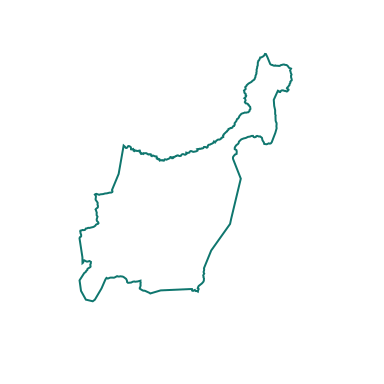 the district of Morro do Chapéu, Bahia, Brazil, rotated 64°
{"feature_id": "56859067B34698024816955", "entity_name": "Morro do Chapéu", "entity_type": "district", "adm_level": 2, "iso_a3": "BRA", "parent_name": "Brazil", "parent_adm1": "Bahia", "projection": "natural_earth1", "projection_center": [-41.297, -11.376], "detail": "fine", "context": "isolated", "style": "outline", "palette": "teal", "viewbox_px": 384, "rotation_deg": 64, "n_neighbors": 0, "source": "geoboundaries", "source_scale": "gbopen_adm2", "svg_char_len": 6062}
<svg xmlns="http://www.w3.org/2000/svg" viewBox="0 0 384 384"><g transform="rotate(64 192 192)"><path d="M120.3,233.1L143.6,250.0L155.2,263.1L156.4,263.1L157.1,263.7L157.1,264.8L156.4,266.5L155.9,269.1L155.2,270.9L154.9,272.8L153.9,275.5L153.8,276.7L151.8,278.7L151.6,279.6L151.7,280.4L153.5,280.1L154.9,280.9L156.1,281.8L156.9,282.0L160.1,281.5L160.7,281.7L162.0,282.5L162.8,282.5L164.0,283.0L164.6,283.5L165.0,285.4L165.4,286.3L166.1,286.3L169.0,286.7L169.6,287.2L171.1,287.9L172.7,287.7L174.7,289.6L175.6,290.0L176.3,290.1L178.0,289.6L179.0,289.7L179.4,290.4L179.2,292.0L179.3,292.7L179.9,293.6L180.2,295.5L180.1,296.4L179.3,300.0L178.7,301.0L178.6,302.6L178.3,303.5L179.0,304.5L179.1,305.1L178.6,306.5L178.1,307.1L178.1,308.2L177.8,309.2L178.2,309.7L179.1,309.8L179.9,310.2L181.9,310.4L183.1,311.0L183.5,311.7L183.5,312.6L184.3,313.4L202.6,319.1L207.9,321.6L207.7,320.8L207.2,320.3L206.1,319.8L206.0,319.1L206.3,318.6L207.1,318.2L208.5,317.0L208.8,316.2L209.1,314.4L210.5,313.5L211.9,314.3L212.7,315.3L214.3,315.7L214.9,316.3L215.2,319.2L215.5,319.9L216.2,320.3L216.7,321.9L217.3,322.6L217.6,324.4L222.1,331.8L232.2,335.1L242.2,334.6L246.7,329.1L246.2,326.5L239.0,315.6L232.6,308.1L231.7,306.5L232.9,305.6L233.1,303.1L233.5,302.1L234.8,299.7L234.9,298.8L234.8,296.2L235.4,295.7L236.0,294.7L236.5,293.0L237.0,292.4L237.6,291.4L238.5,290.7L241.2,289.3L243.0,289.3L244.6,289.8L245.6,289.3L246.7,286.4L246.7,284.5L247.1,283.1L247.7,282.5L248.6,280.0L249.1,277.2L250.3,277.8L251.1,277.9L251.9,278.6L253.2,279.0L254.5,280.0L255.4,281.1L256.0,281.3L257.8,280.2L259.3,279.1L259.7,278.2L260.3,277.5L264.2,274.3L264.9,274.0L266.7,263.3L278.8,235.4L279.2,234.6L280.6,235.1L281.1,234.7L281.4,234.1L281.2,233.3L281.3,232.4L282.0,232.4L282.7,232.0L283.0,231.1L284.1,230.4L282.8,229.4L282.3,228.7L281.7,228.5L281.0,229.0L280.4,228.5L279.4,227.2L278.5,223.1L277.6,221.0L276.8,220.2L274.9,219.1L273.8,219.1L273.2,218.7L272.1,218.6L271.3,217.8L270.7,216.8L269.5,216.8L268.6,216.4L268.1,215.8L266.7,214.9L265.8,214.7L253.0,200.4L237.4,171.8L233.2,168.5L201.4,142.3L180.2,140.6L179.2,140.2L178.6,139.8L177.7,138.3L177.6,137.7L177.2,137.1L177.3,135.2L175.3,134.1L174.0,133.7L173.3,134.0L172.3,134.8L171.1,134.3L170.3,133.4L169.5,132.0L169.2,131.1L169.1,130.1L168.8,129.2L168.5,128.7L167.3,127.7L166.3,124.6L166.5,122.1L167.0,120.0L167.0,117.5L167.6,115.6L167.7,113.9L168.3,112.6L169.6,112.5L170.3,111.7L170.5,110.5L170.0,109.7L170.2,108.8L171.6,107.4L171.8,106.5L173.9,105.4L176.5,106.0L178.9,105.7L180.5,106.0L181.8,104.0L181.9,103.3L181.9,101.7L182.7,100.8L182.8,99.7L182.2,98.5L175.4,91.2L171.8,88.0L169.9,87.3L167.9,86.1L166.6,85.7L165.8,85.8L164.4,85.5L160.6,83.8L160.0,83.3L158.4,83.1L154.9,81.4L150.7,80.4L145.0,78.1L138.6,70.4L139.1,69.9L139.7,69.7L140.3,69.7L140.8,68.9L140.2,68.0L140.0,67.0L140.3,66.1L140.9,65.2L141.6,64.7L142.2,63.5L143.0,63.1L143.3,62.2L142.5,60.4L141.9,60.4L141.4,61.0L140.3,61.2L139.9,60.6L139.5,59.1L138.9,58.4L138.7,57.6L138.2,57.2L137.7,57.0L136.9,55.6L136.1,55.4L135.6,54.6L135.4,53.5L134.5,53.0L132.5,52.7L131.5,52.3L130.8,52.0L130.2,51.1L129.4,51.0L128.7,51.1L127.2,50.7L125.8,50.6L124.5,48.9L123.0,50.3L120.7,50.7L119.4,51.3L118.4,52.8L117.8,53.3L117.4,54.2L116.9,56.8L117.1,57.5L116.9,58.5L116.4,59.1L115.2,61.4L114.7,61.7L114.7,62.4L114.3,63.1L113.7,63.7L113.1,64.0L112.7,64.7L112.1,65.2L111.2,65.6L103.9,65.1L100.4,65.1L99.9,65.9L100.9,67.2L101.3,68.5L101.4,70.9L101.0,71.7L102.8,73.7L103.1,74.8L103.8,75.2L104.2,75.9L107.3,77.6L107.7,78.3L109.2,79.2L110.3,80.3L112.3,81.2L113.1,82.0L113.9,82.2L115.3,83.9L116.6,84.7L117.4,85.8L118.1,86.4L118.5,87.7L118.5,88.7L119.1,90.3L119.3,93.6L120.0,96.0L120.5,96.5L121.1,98.2L122.2,98.3L123.0,98.7L123.6,100.8L124.9,101.0L125.5,101.3L126.4,101.3L127.1,100.8L127.7,100.8L128.6,101.4L129.3,101.1L129.9,101.7L130.6,103.7L131.1,103.3L133.2,103.7L134.3,105.1L135.8,104.9L136.2,104.2L137.4,103.2L138.1,103.3L138.5,102.9L139.9,102.8L140.9,102.4L142.8,103.0L143.3,103.4L143.6,104.4L144.4,104.8L145.0,106.5L144.7,107.2L144.4,108.7L143.7,109.7L143.7,110.7L143.4,112.6L143.4,113.4L144.3,115.6L144.8,116.5L145.4,117.0L146.2,118.4L146.2,119.5L147.6,121.0L148.9,123.6L150.3,124.1L150.6,124.8L151.1,125.2L150.9,126.0L151.3,127.0L151.8,127.5L151.8,128.6L151.3,129.4L151.6,130.4L151.3,131.5L152.0,132.0L152.3,132.7L152.3,133.4L152.9,133.9L153.0,134.9L154.1,138.2L154.7,138.7L154.8,139.3L156.3,139.8L156.2,141.7L156.7,142.0L157.0,144.0L156.8,144.7L156.3,145.5L156.4,146.6L156.6,147.7L157.1,148.6L157.0,149.3L157.5,149.7L157.0,150.1L156.3,150.2L157.2,151.6L157.3,152.5L157.2,154.1L157.3,155.1L156.9,156.2L157.1,157.1L157.5,157.6L158.4,158.1L158.7,158.8L158.5,159.5L157.9,159.7L157.1,160.7L156.8,161.6L157.5,162.6L157.4,163.6L157.0,164.3L157.1,165.2L156.5,165.9L156.5,166.8L156.0,167.6L155.8,168.5L156.5,168.4L157.2,168.8L157.3,169.9L157.2,170.7L156.7,172.6L156.4,173.4L155.0,174.6L154.6,175.5L154.9,176.6L155.4,177.1L155.2,178.1L154.9,179.0L154.1,179.9L154.6,180.2L155.3,180.1L155.5,180.8L155.5,181.8L155.1,182.4L154.4,182.9L153.9,183.7L153.8,184.6L154.0,185.3L154.6,186.1L154.4,187.1L153.8,187.9L153.0,188.5L152.6,189.3L152.9,190.1L152.6,190.7L152.8,191.5L152.4,193.6L153.0,193.5L153.2,194.4L152.8,195.2L152.0,195.3L151.4,195.6L151.1,196.1L151.9,197.2L151.8,199.9L151.7,200.9L151.0,201.6L150.7,202.3L151.2,203.0L151.5,203.6L150.5,204.4L150.6,205.1L150.0,205.5L149.6,206.2L149.7,207.2L148.9,207.4L148.1,207.0L147.7,207.7L147.5,208.4L147.0,208.7L147.0,208.1L146.4,208.5L145.8,208.3L145.2,208.6L144.5,208.3L143.5,209.9L142.4,210.7L141.9,211.6L142.2,212.3L141.5,212.8L140.1,212.5L139.5,213.3L139.5,214.3L138.9,214.6L138.5,215.4L137.3,215.8L136.7,216.8L136.4,217.7L136.0,218.2L136.4,218.9L135.8,219.2L135.9,220.2L135.4,221.1L134.8,221.2L134.4,220.7L133.0,221.4L132.4,220.8L131.8,220.8L131.4,222.6L131.0,223.5L130.3,224.1L130.0,224.9L130.0,225.6L129.1,225.4L129.1,226.3L127.5,226.1L127.4,227.4L126.9,228.1L125.6,227.5L125.0,227.4L124.4,227.5L123.3,228.3L122.8,229.1L123.0,229.8L123.4,230.2L123.7,230.9L123.7,231.6L123.3,232.2L122.7,232.4L122.0,232.4L120.3,233.1Z" fill="none" stroke="#0f766e" stroke-width="2"/></g></svg>